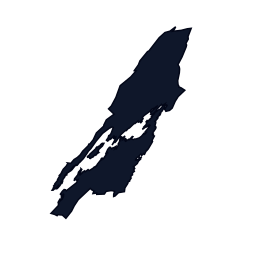 Skodje nor, Møre og Romsdal, Norway, rotated 316°
{"feature_id": "86288312B6850280746884", "entity_name": "Skodje nor", "entity_type": "district", "adm_level": 2, "iso_a3": "NOR", "parent_name": "Norway", "parent_adm1": "Møre og Romsdal", "projection": "robinson", "projection_center": [6.603, 62.504], "detail": "fine", "context": "isolated", "style": "filled", "palette": "ink", "viewbox_px": 256, "rotation_deg": 316, "n_neighbors": 0, "source": "geoboundaries", "source_scale": "gbopen_adm2", "svg_char_len": 5923}
<svg xmlns="http://www.w3.org/2000/svg" viewBox="0 0 256 256"><g transform="rotate(316 128 128)"><path d="M232.6,88.3L225.5,87.5L220.9,85.0L213.2,84.7L196.6,87.1L195.1,86.6L183.2,88.0L179.3,89.8L172.4,91.1L173.6,92.5L165.4,93.2L151.8,92.1L140.6,97.6L131.3,100.6L127.3,100.7L127.6,108.4L118.1,107.1L112.6,109.1L111.9,109.8L101.9,109.6L94.8,112.3L89.4,113.0L88.8,112.4L86.9,113.1L79.4,113.2L75.0,114.1L71.0,114.0L67.3,113.2L62.3,113.7L60.3,111.2L60.3,111.6L57.1,112.5L52.7,112.7L49.2,113.8L49.2,114.2L45.6,114.4L45.7,115.0L41.6,116.1L41.6,116.7L36.6,117.3L36.4,117.9L35.5,117.9L35.8,118.2L34.6,118.3L34.6,118.6L33.4,118.8L33.5,119.2L30.2,120.0L30.9,120.7L39.2,121.0L34.2,121.9L34.6,122.3L36.6,122.4L38.4,122.1L38.1,121.6L39.0,121.8L39.0,122.1L42.5,121.3L42.5,121.7L44.8,120.5L42.2,120.8L42.2,120.4L48.6,119.2L48.9,118.7L49.8,118.8L49.8,118.5L51.0,119.0L50.9,118.3L52.1,118.6L52.1,118.2L52.7,118.2L52.1,118.0L52.4,117.8L53.4,118.3L57.2,119.0L57.2,118.5L56.6,118.5L62.2,117.7L62.8,118.0L57.8,118.6L58.7,119.1L65.8,118.1L64.3,118.7L65.6,119.5L70.0,118.9L70.0,119.2L74.8,119.0L82.1,117.5L82.1,117.2L87.1,117.0L95.9,115.3L106.0,114.2L115.5,115.3L115.6,115.7L117.2,116.0L117.8,117.4L111.9,120.2L109.9,120.5L108.9,120.1L106.9,121.2L104.0,121.8L104.2,123.2L105.0,123.4L107.7,123.3L107.7,124.0L112.4,123.9L112.5,124.8L110.8,125.1L110.4,125.5L110.5,126.1L110.1,126.3L112.4,126.3L110.9,127.3L104.6,129.2L107.8,128.6L108.6,129.4L110.3,129.3L118.3,127.8L122.9,127.9L125.2,128.3L125.2,128.7L127.6,128.5L129.1,129.0L135.4,129.0L136.0,129.6L140.1,129.9L139.5,131.0L141.5,131.9L141.5,132.2L140.9,132.2L140.9,133.1L142.9,132.9L143.0,132.6L141.8,132.4L142.1,132.1L145.3,131.8L145.5,130.5L144.9,130.4L148.2,130.2L154.8,131.1L158.9,131.1L159.8,131.5L159.9,131.8L164.1,132.5L163.8,132.8L155.2,132.6L154.5,133.6L154.7,134.1L153.8,134.1L154.1,134.8L158.3,135.2L161.9,134.5L168.5,134.3L168.2,135.6L171.4,136.3L170.1,136.7L171.0,137.3L171.0,137.8L171.9,138.5L171.8,139.0L167.3,140.0L167.2,141.6L166.8,142.1L166.3,142.0L170.1,144.2L173.6,144.4L180.4,141.6L186.0,140.2L195.1,140.3L194.1,136.0L193.1,133.7L193.6,133.3L194.1,131.6L196.6,128.5L203.2,124.0L206.1,121.4L207.2,119.8L208.0,117.1L216.2,114.4L226.1,110.1L227.8,109.0L228.4,107.4L233.1,105.9L234.7,103.9L242.7,100.2L239.7,97.9L234.1,94.7L227.2,89.4L230.1,89.2L232.6,88.3ZM81.2,171.3L84.1,169.0L89.4,167.7L90.5,166.9L92.3,167.3L92.6,166.9L95.5,166.2L95.4,165.6L95.8,165.1L97.2,164.6L98.7,164.8L100.1,163.3L102.5,163.6L102.9,162.2L103.6,162.0L103.6,161.7L104.5,161.8L104.4,161.3L105.3,160.9L104.7,160.9L105.4,160.2L105.2,159.7L110.0,160.0L112.4,159.1L115.4,159.1L115.4,158.8L116.8,158.4L116.4,158.0L116.1,157.1L115.3,157.2L115.3,157.7L112.9,157.7L112.6,157.0L111.7,157.1L111.1,156.4L111.9,155.8L114.3,155.5L116.1,156.2L116.4,155.8L119.3,155.6L119.2,156.9L118.8,157.3L121.5,157.2L121.3,158.1L120.7,158.1L121.6,158.4L125.6,156.9L125.7,157.3L128.0,157.1L135.3,155.1L135.3,154.7L136.2,154.7L136.2,154.2L137.6,153.3L141.4,152.1L141.0,150.5L142.1,150.1L142.1,149.4L141.5,149.4L142.1,148.8L147.5,147.6L148.6,146.9L148.9,146.1L148.4,145.6L148.5,145.3L151.5,143.6L152.2,142.8L151.9,142.0L156.1,141.7L156.9,141.2L156.4,140.6L157.4,140.4L159.7,140.9L160.6,140.6L159.8,140.2L160.7,139.6L164.3,139.5L170.9,137.5L169.1,136.3L163.5,136.8L163.2,136.3L158.2,135.7L157.2,135.8L156.9,136.3L151.9,136.1L153.4,136.6L153.1,137.0L149.6,136.8L149.3,137.3L146.8,136.2L146.8,135.9L145.4,136.1L145.7,136.6L147.2,136.6L147.2,137.1L144.5,137.4L144.0,138.1L140.7,138.2L141.4,138.9L138.1,138.8L138.0,139.1L142.3,139.7L142.3,140.3L143.8,140.2L143.8,140.6L144.7,140.4L144.8,140.9L145.6,140.8L145.7,141.3L143.0,142.1L137.7,142.7L137.8,143.2L136.3,143.3L136.3,143.6L137.2,144.0L136.3,144.1L135.1,143.8L135.1,143.5L135.8,143.5L135.7,142.9L132.1,143.3L129.4,143.0L126.1,141.5L125.1,140.5L123.9,140.1L122.8,138.5L122.7,138.1L125.5,137.6L125.2,137.1L122.3,137.3L122.3,137.9L120.8,137.3L121.0,136.8L120.7,136.6L117.1,136.0L116.9,135.8L117.1,135.2L118.3,134.9L117.9,134.5L118.9,134.1L118.8,133.8L117.6,134.0L117.6,133.6L117.0,133.6L116.9,132.9L116.5,132.8L120.4,131.6L118.0,131.5L117.2,131.3L117.6,131.0L117.3,130.8L115.6,131.0L116.9,130.7L117.2,129.9L117.0,129.4L115.8,129.4L113.9,130.8L115.3,131.0L109.8,132.7L109.9,133.5L106.7,134.2L105.2,135.0L104.8,134.3L103.8,134.0L106.3,132.8L103.5,132.2L103.5,131.8L101.7,131.7L102.0,129.7L101.3,129.0L98.6,129.3L95.1,130.7L96.2,131.2L96.1,131.8L94.0,131.5L94.0,132.0L90.5,132.6L90.5,133.0L87.9,133.2L89.0,132.8L88.7,132.3L87.6,132.5L88.1,131.6L86.6,131.6L87.2,131.9L80.7,132.8L79.3,133.4L79.2,133.1L77.2,133.3L76.8,132.6L75.3,132.7L71.1,131.9L70.5,131.7L70.4,130.2L67.4,129.9L67.4,129.6L66.8,129.6L66.8,128.5L64.4,128.6L64.4,128.0L63.5,128.2L63.5,128.6L60.8,128.5L60.9,127.9L62.5,127.4L62.5,126.7L66.0,125.7L65.9,124.6L65.6,125.0L61.5,125.4L61.0,126.3L60.1,126.3L60.1,126.7L54.5,127.4L54.5,127.7L52.5,128.3L54.6,128.6L54.8,130.1L55.9,130.4L53.0,131.6L40.0,130.3L40.1,129.0L39.3,127.9L36.9,127.9L33.4,128.6L33.4,129.0L34.3,129.0L34.2,129.3L32.0,131.5L35.6,130.9L35.4,131.4L33.9,132.0L33.9,132.4L33.1,132.4L33.1,132.8L32.2,132.8L32.2,133.1L31.0,133.2L31.0,133.5L29.0,133.4L29.3,132.5L30.3,131.7L26.8,132.7L26.9,133.3L26.0,133.1L25.7,134.2L25.1,134.2L24.6,135.1L23.7,135.4L13.3,135.9L15.2,139.2L16.1,141.8L17.3,141.6L20.3,145.0L20.6,149.8L29.6,148.6L35.3,146.6L42.4,145.0L58.9,145.2L58.9,147.0L59.9,149.9L59.2,149.8L57.2,150.8L60.3,153.0L59.4,154.0L65.1,159.1L68.3,158.4L72.2,161.2L73.4,162.5L74.3,164.3L71.8,165.6L70.1,167.3L71.4,167.9L76.3,167.9L81.2,171.3ZM79.9,120.4L78.8,120.5L78.6,121.0L79.9,121.9L79.4,123.1L79.6,123.7L82.6,124.2L82.6,124.5L85.8,124.3L85.9,125.2L88.3,125.0L89.8,125.4L89.4,124.5L90.0,124.5L90.0,124.2L89.4,124.0L90.9,124.0L91.1,123.1L97.1,123.2L100.0,122.3L99.3,121.6L98.7,121.6L98.7,121.1L96.9,120.9L94.9,121.3L94.2,120.7L91.8,120.5L91.8,120.2L93.0,120.0L91.2,120.1L90.6,120.5L82.3,120.3L80.0,120.8L79.9,120.4Z" fill="#0f172a" stroke="#020617" stroke-width="1.5"/></g></svg>